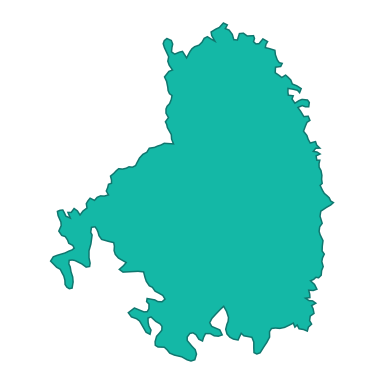 the district of Laranjal, Paraná, Brazil
{"feature_id": "56859067B49556592741492", "entity_name": "Laranjal", "entity_type": "district", "adm_level": 2, "iso_a3": "BRA", "parent_name": "Brazil", "parent_adm1": "Paraná", "projection": "orthographic", "projection_center": [-52.508, -24.893], "detail": "fine", "context": "isolated", "style": "filled", "palette": "teal", "viewbox_px": 384, "rotation_deg": 0, "n_neighbors": 0, "source": "geoboundaries", "source_scale": "gbopen_adm2", "svg_char_len": 4628}
<svg xmlns="http://www.w3.org/2000/svg" viewBox="0 0 384 384"><path d="M58.8,231.1L61.7,235.4L65.3,236.6L67.5,239.9L68.8,243.3L72.8,245.4L74.2,248.2L71.9,250.0L68.9,251.1L65.0,253.0L57.2,255.3L53.3,256.8L50.6,261.1L56.7,267.3L60.3,269.3L62.3,273.3L63.8,276.0L64.9,280.2L65.1,284.5L66.9,287.2L69.3,288.7L72.1,288.1L73.1,282.0L72.7,277.0L71.0,271.7L70.2,266.9L68.8,263.9L69.2,260.3L72.2,260.0L74.9,260.5L81.8,263.9L86.1,267.1L89.6,266.5L90.1,263.1L89.0,257.8L89.0,250.7L90.9,243.9L92.1,235.0L90.7,232.3L91.5,227.3L95.0,226.8L96.7,229.1L98.0,232.0L99.0,235.7L101.6,239.4L108.6,241.4L113.7,242.6L114.4,246.1L114.1,250.6L115.3,254.4L118.4,258.0L120.9,259.5L126.2,262.5L123.5,265.7L119.3,269.4L123.0,272.1L138.0,271.3L143.6,271.9L145.0,277.4L146.3,281.3L149.3,285.8L152.4,287.3L155.1,291.2L158.6,293.0L162.8,295.4L165.0,299.1L162.0,301.8L157.8,301.6L154.8,299.9L147.1,298.5L146.6,301.6L149.0,304.1L148.9,308.8L147.2,311.7L144.0,311.9L140.5,310.5L134.4,308.0L128.3,312.7L131.4,316.9L136.5,318.7L139.6,321.0L141.3,323.9L146.1,332.3L150.0,334.3L151.0,330.1L148.9,326.1L148.1,322.3L148.0,318.1L151.0,316.9L155.8,321.4L160.1,323.9L162.0,326.4L161.8,330.2L159.4,333.2L156.6,336.3L155.1,341.7L155.3,345.3L158.0,347.0L164.3,347.2L167.1,349.8L169.7,353.1L174.4,355.1L181.7,356.8L187.1,359.8L191.0,361.0L194.8,359.8L196.5,354.1L195.2,349.7L191.9,346.2L187.2,340.5L187.2,337.0L189.9,333.4L193.0,332.8L196.0,334.7L198.9,339.3L202.5,341.0L203.6,337.3L205.5,333.6L210.3,333.6L214.2,335.8L218.4,336.2L222.2,334.9L219.8,329.9L214.4,327.6L211.7,326.4L209.7,322.7L211.9,318.4L216.1,313.8L220.5,309.2L223.7,306.3L226.6,311.5L228.5,317.5L228.1,321.4L226.9,324.4L225.7,329.3L227.0,334.0L229.9,337.2L233.4,339.1L238.1,340.0L239.3,337.2L241.2,333.3L243.9,335.8L247.7,336.5L251.9,337.3L253.8,342.1L253.8,347.9L254.0,352.6L256.8,354.0L260.1,352.8L263.8,346.9L266.8,342.4L269.6,337.1L269.5,331.6L271.5,328.5L275.4,328.0L279.8,328.4L284.6,327.4L289.4,325.1L293.3,323.1L294.9,327.1L297.2,325.0L299.1,328.8L303.5,329.5L307.3,331.1L308.4,327.1L311.6,324.1L309.6,320.6L310.2,316.1L314.0,313.4L313.1,308.8L311.6,305.6L315.8,303.2L312.6,300.9L309.0,300.6L305.5,298.2L309.9,297.6L309.7,294.1L308.7,290.2L313.2,290.5L316.9,289.2L314.5,284.4L310.5,280.8L313.7,279.4L315.9,277.3L318.6,277.8L321.2,275.2L321.6,270.6L323.2,266.6L321.8,261.5L322.5,257.9L324.3,254.1L322.1,251.0L322.3,246.1L323.0,240.7L321.5,237.6L320.0,234.5L319.1,231.3L319.7,226.8L322.2,223.3L320.0,216.2L320.8,211.2L323.8,209.2L326.3,207.5L330.7,205.0L333.4,202.6L330.7,201.0L329.2,197.8L326.9,195.6L324.3,193.4L322.6,190.6L320.1,185.4L322.2,183.4L321.6,179.3L321.9,175.4L321.0,170.6L319.1,167.2L319.0,163.7L319.8,160.2L316.8,160.2L316.1,155.9L320.1,154.0L317.0,152.0L313.3,151.4L315.7,148.3L319.8,148.1L316.7,145.1L315.5,141.6L310.2,143.0L308.2,139.4L306.9,135.5L303.5,131.2L305.5,125.8L307.0,122.3L309.9,120.4L308.2,116.2L303.8,116.6L300.7,111.4L297.9,107.5L302.2,105.6L305.5,106.8L308.7,106.8L309.3,102.5L307.5,100.0L302.0,99.4L299.0,100.6L294.9,103.2L292.0,99.0L293.2,95.8L288.3,95.2L287.9,92.0L288.0,88.4L293.1,89.2L297.5,90.3L299.6,92.7L301.2,88.6L296.8,85.8L292.3,84.0L290.8,80.0L287.9,77.1L285.6,75.1L281.8,77.5L279.1,75.4L275.2,72.7L275.5,67.2L280.7,66.5L282.2,63.4L279.3,62.7L277.3,60.0L275.4,54.8L274.9,50.3L269.4,48.6L265.3,47.6L265.9,44.4L267.6,41.6L262.9,38.9L259.0,43.7L255.9,43.9L253.5,41.7L254.5,38.5L253.5,35.7L247.2,36.0L243.4,33.2L239.4,33.6L237.4,40.0L233.8,39.7L232.3,34.4L229.1,30.1L225.3,28.6L227.3,24.9L223.4,23.0L219.3,27.5L215.8,29.1L211.1,32.0L211.7,35.5L214.9,41.2L211.8,39.5L207.4,36.7L204.2,38.3L202.1,42.1L199.1,45.1L194.6,46.7L192.0,48.7L189.9,51.7L186.6,57.9L182.5,51.4L179.6,52.1L174.7,54.1L171.5,51.9L171.9,47.6L172.7,44.1L171.3,40.5L166.9,38.5L164.3,40.6L163.2,43.7L164.4,47.6L168.7,56.8L167.8,61.2L169.2,65.2L172.5,70.0L168.9,71.4L164.5,76.9L166.6,81.4L167.8,87.4L168.1,90.5L169.5,93.7L172.0,95.5L171.3,99.4L169.6,103.6L167.1,106.3L166.0,109.0L166.0,113.2L168.5,117.6L165.4,121.8L166.7,124.4L167.4,127.6L169.2,130.8L171.3,134.6L171.6,139.1L173.5,143.9L164.2,143.3L161.0,145.0L157.5,146.1L154.6,147.4L149.3,148.2L146.8,152.3L142.9,154.3L139.5,158.0L137.0,162.7L135.6,165.6L132.4,167.2L129.0,166.8L126.3,168.2L122.5,169.1L118.7,168.7L116.3,170.7L113.9,173.3L110.5,176.1L111.5,180.0L111.5,183.3L108.5,184.3L107.7,187.6L106.3,191.0L108.5,194.9L104.3,196.1L100.5,195.9L97.2,197.3L94.5,200.4L90.1,198.2L88.0,200.8L86.3,203.7L87.0,208.0L83.0,211.0L80.0,215.0L77.4,210.9L74.1,208.5L71.2,212.4L67.9,212.4L70.3,218.1L65.9,216.2L64.4,212.9L62.8,210.0L60.0,210.3L57.4,211.4L58.1,215.6L60.9,222.0L61.2,225.6L58.8,231.1Z" fill="#14b8a6" stroke="#0f766e" stroke-width="1.5"/></svg>